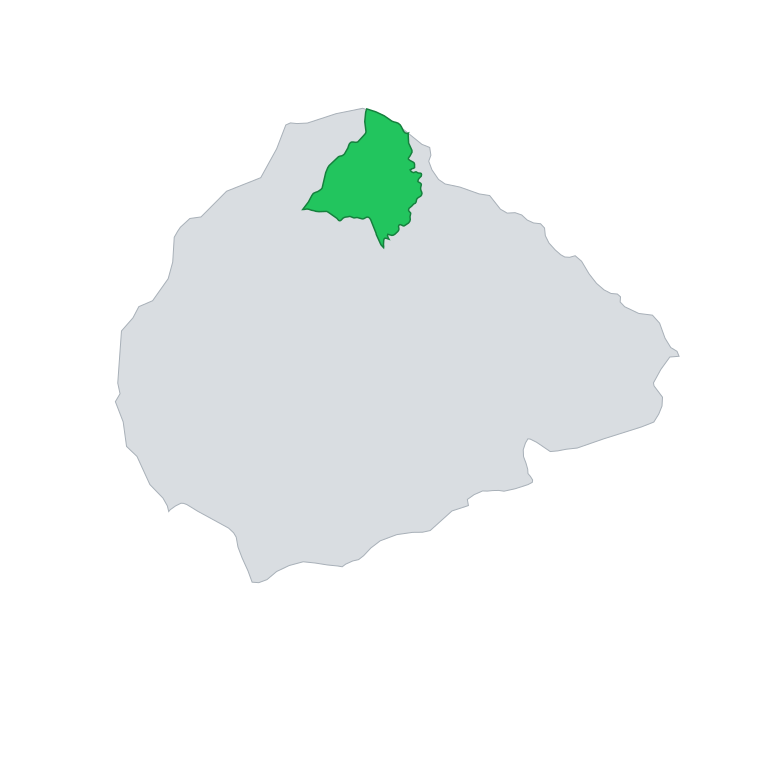 Soriano highlighted on a map of Uruguay, rotated 118°
{"feature_id": "URY-11", "entity_name": "Soriano", "entity_type": "Department", "adm_level": 1, "iso_a3": "URY", "parent_name": "Uruguay", "parent_adm1": "", "projection": "robinson", "projection_center": [-57.662, -33.492], "detail": "fine", "context": "in_parent", "style": "filled", "palette": "green", "viewbox_px": 768, "rotation_deg": 118, "n_neighbors": 0, "source": "natural_earth", "source_scale": "10m", "svg_char_len": 4457}
<svg xmlns="http://www.w3.org/2000/svg" viewBox="0 0 768 768"><g transform="rotate(118 384 384)"><path d="M597.7,514.2L593.3,518.1L588.5,525.6L582.7,543.5L563.9,568.1L560.0,582.0L539.9,596.5L525.7,612.9L516.5,612.5L508.2,619.5L460.4,640.7L443.4,636.7L430.8,636.8L419.1,627.4L392.3,624.0L375.5,627.8L352.9,638.1L346.1,637.9L341.2,637.4L329.0,633.1L322.4,624.0L287.7,613.5L259.7,589.7L226.7,589.2L201.4,592.3L197.4,589.2L194.9,583.1L189.6,574.2L167.8,553.2L150.6,532.3L147.2,511.8L149.5,489.4L154.6,463.0L153.7,454.7L160.0,450.0L166.3,449.1L172.4,442.2L177.8,431.9L178.7,424.0L174.5,409.5L171.5,389.3L168.0,379.2L175.0,363.3L175.3,355.5L171.2,348.7L170.1,341.7L172.0,334.5L171.6,327.6L169.0,321.0L170.9,315.5L177.3,311.2L182.1,304.5L185.3,295.6L186.9,288.7L187.0,284.0L185.0,279.6L181.0,275.4L182.9,267.1L190.5,254.6L195.4,243.6L197.6,233.9L197.5,226.1L195.0,220.2L196.0,216.1L200.7,214.0L202.8,207.8L202.1,192.2L197.2,179.3L200.9,169.2L211.6,157.4L217.2,147.9L217.6,140.6L221.0,136.5L226.0,144.3L241.2,146.4L256.5,146.6L258.9,144.7L264.9,131.9L272.9,128.2L281.5,127.3L290.9,127.9L300.9,136.4L329.1,164.1L349.8,183.3L356.0,192.4L361.5,199.2L365.6,205.5L363.8,221.9L364.0,229.1L364.9,231.2L369.7,231.4L376.7,230.2L382.6,226.7L387.3,221.4L391.8,217.1L395.5,214.8L396.9,211.3L399.0,207.7L401.2,206.9L405.2,209.6L414.9,219.0L422.3,227.7L424.1,232.7L427.0,237.9L430.0,242.4L432.2,246.8L439.4,252.5L446.8,256.2L451.7,252.4L464.2,264.4L491.7,274.4L496.8,280.4L501.5,289.0L511.0,302.0L524.2,313.7L534.9,318.6L545.2,321.4L551.0,324.0L554.9,328.5L561.1,333.3L565.0,335.1L566.4,339.4L570.3,348.9L574.4,360.8L578.9,371.9L588.8,382.5L600.0,390.8L611.7,395.5L618.2,401.3L620.9,407.4L612.9,416.3L604.2,427.6L596.5,436.4L588.6,442.6L586.0,446.9L584.2,453.5L583.8,488.5L583.0,501.5L583.5,505.0L584.6,507.3L589.5,510.8L595.3,513.7L597.7,514.2Z" fill="#d9dde1" stroke="#a8b0b8" stroke-width="1"/><path d="M149.2,528.4L147.5,518.7L147.1,509.6L148.2,500.5L147.9,498.2L147.4,496.2L147.1,493.9L147.6,491.4L148.8,489.3L151.8,485.3L152.4,483.0L151.8,480.9L151.2,480.4L151.3,480.4L159.7,475.4L164.5,469.1L166.2,468.1L170.4,468.1L173.0,468.5L174.0,468.0L174.4,466.2L174.4,462.2L174.7,461.1L175.6,460.2L178.6,458.6L179.7,459.2L181.2,460.7L181.7,460.7L182.6,461.5L183.3,460.6L183.7,458.9L183.5,457.1L183.3,456.9L182.1,455.9L181.6,455.3L181.6,454.4L181.7,453.5L181.6,452.8L180.7,450.7L180.7,449.9L181.6,449.1L183.1,448.7L184.4,449.1L185.7,449.5L187.2,449.7L189.2,449.3L189.5,448.4L189.4,447.1L189.7,445.4L190.5,444.6L193.2,443.9L194.5,443.3L195.8,442.2L196.7,441.0L197.8,440.0L199.4,439.6L200.9,439.8L203.4,441.3L204.8,441.8L205.9,441.8L207.8,441.2L208.8,441.1L209.8,441.3L211.1,442.3L213.8,443.0L217.2,444.4L218.9,444.0L219.6,443.2L220.5,440.8L221.1,440.4L224.1,439.6L224.7,439.2L226.5,438.0L228.3,437.6L230.3,437.9L234.2,440.0L235.1,440.6L235.4,441.5L235.4,442.6L235.5,444.0L236.0,445.0L237.0,445.4L238.0,445.2L239.8,443.8L240.9,443.3L241.9,443.3L242.8,443.4L246.4,444.6L248.0,445.5L249.1,446.8L250.0,450.9L251.4,450.6L252.9,449.0L253.8,447.6L254.3,450.5L254.8,451.6L255.8,452.0L256.8,451.9L260.8,450.1L263.0,448.7L263.8,448.4L262.6,451.8L262.0,452.7L255.7,460.9L254.5,461.9L245.1,473.0L244.2,474.8L244.1,475.7L244.2,476.4L244.4,477.0L244.7,477.4L245.0,477.8L247.3,479.3L247.7,479.7L248.1,480.1L248.3,480.5L248.5,481.0L249.5,485.6L249.7,486.1L250.0,486.5L251.4,488.4L251.4,488.5L251.5,488.8L251.7,490.2L251.8,491.4L251.9,492.2L252.1,492.9L252.4,493.3L252.7,493.7L253.1,494.1L254.9,496.6L255.7,497.3L256.6,497.9L257.1,498.1L259.5,498.8L260.1,499.1L260.5,499.5L260.8,500.2L260.8,500.8L260.6,501.4L260.4,501.9L260.2,502.4L260.0,502.9L259.8,503.5L258.5,513.9L258.5,515.3L258.5,515.6L258.7,516.0L262.4,522.4L263.4,524.9L263.6,525.5L263.8,527.0L264.2,528.3L264.4,528.9L264.6,529.6L265.0,532.3L265.4,533.4L265.5,533.9L265.8,534.4L267.4,536.5L268.1,537.7L258.8,536.2L251.5,536.2L249.0,535.9L248.5,535.6L246.8,534.3L245.3,532.9L243.6,531.9L241.7,531.0L240.1,530.6L224.7,534.7L219.4,535.2L216.9,535.0L204.7,530.9L203.9,530.2L203.5,529.8L202.9,529.1L203.0,529.2L202.8,529.0L202.7,528.7L202.2,528.3L201.5,527.8L200.3,527.2L199.4,526.9L192.5,526.7L189.8,527.2L188.3,527.3L187.3,527.1L186.7,526.9L186.3,526.7L186.0,526.6L185.7,526.3L185.4,525.9L184.9,525.0L184.7,524.5L184.3,523.4L183.9,522.4L183.6,522.0L183.1,521.3L182.6,520.8L172.6,518.2L171.0,518.0L169.6,518.4L161.3,524.2L153.3,527.5L152.1,527.9L149.3,528.4L149.2,528.4L149.2,528.4Z" fill="#22c55e" stroke="#15803d" stroke-width="1.5"/></g></svg>